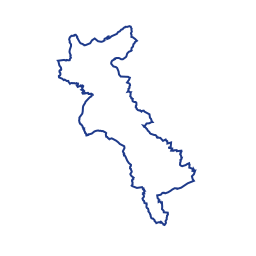 the district of Pestisani, Gorj, Romania, rotated 347°
{"feature_id": "2599482B71789206417746", "entity_name": "Pestisani", "entity_type": "district", "adm_level": 2, "iso_a3": "ROU", "parent_name": "Romania", "parent_adm1": "Gorj", "projection": "equal_earth", "projection_center": [23.026, 45.127], "detail": "fine", "context": "isolated", "style": "outline", "palette": "blue", "viewbox_px": 256, "rotation_deg": 347, "n_neighbors": 0, "source": "geoboundaries", "source_scale": "gbopen_adm2", "svg_char_len": 5818}
<svg xmlns="http://www.w3.org/2000/svg" viewBox="0 0 256 256"><g transform="rotate(347 128 128)"><path d="M180.3,194.3L179.5,192.3L179.4,189.4L181.8,187.9L183.8,184.7L183.4,184.7L183.0,184.2L182.7,183.2L182.2,184.8L181.9,184.7L182.0,184.2L181.3,184.1L182.0,182.9L181.8,182.3L181.6,182.4L180.2,181.2L178.8,180.4L179.7,177.7L179.4,177.6L179.6,176.1L177.7,176.4L175.9,177.1L172.2,177.4L171.0,176.5L170.4,175.6L171.1,173.3L171.7,172.7L171.8,172.0L172.1,171.4L171.9,171.0L172.8,170.6L173.6,169.3L173.2,169.3L173.4,168.1L173.4,166.7L172.9,165.2L173.3,164.6L173.6,164.8L173.8,164.4L173.6,164.0L174.9,162.9L174.9,162.1L170.4,161.6L170.4,160.5L166.8,159.9L166.8,160.3L165.0,159.8L166.4,157.9L162.8,156.3L165.3,156.2L166.7,151.8L162.9,152.0L163.3,150.5L162.8,149.8L163.1,149.4L162.3,148.5L162.1,147.7L159.2,148.4L157.3,144.9L155.9,144.5L155.1,143.8L154.6,144.1L154.1,143.8L153.9,142.0L153.2,141.1L151.8,140.6L148.9,138.8L148.2,138.0L148.1,137.2L147.4,135.9L146.6,134.9L146.4,133.4L145.7,132.7L145.5,131.9L144.8,131.0L144.1,130.7L143.5,129.2L144.4,129.7L145.1,129.6L147.1,127.8L149.9,128.2L152.2,127.5L153.2,127.7L152.6,126.3L152.5,124.4L151.7,122.9L152.0,119.5L147.8,115.8L147.2,114.6L145.3,114.5L144.8,115.0L143.9,113.8L143.5,113.7L143.5,113.4L142.6,113.3L141.7,112.8L140.7,111.2L140.9,110.8L140.2,109.3L140.6,108.9L140.7,108.1L141.4,107.6L141.8,105.3L141.3,104.4L140.0,104.1L138.6,103.0L138.6,101.6L139.2,100.8L138.0,99.9L138.3,99.4L137.3,97.6L137.9,96.4L138.5,94.1L138.8,93.8L138.1,93.6L136.9,92.6L135.8,92.6L137.2,91.1L137.1,90.1L138.5,89.2L138.7,87.8L139.6,86.9L139.7,86.0L139.4,85.0L137.3,83.5L140.0,81.1L141.1,79.4L140.0,78.7L139.7,78.2L132.5,76.2L131.3,73.9L131.5,70.7L130.9,67.1L129.9,65.9L127.6,64.7L126.1,61.6L126.5,60.2L127.7,58.8L130.7,58.0L130.5,57.5L131.0,57.3L132.4,57.2L134.4,57.6L135.4,58.1L136.7,59.4L138.0,59.8L138.6,59.8L141.9,58.4L142.5,57.9L144.0,55.2L146.0,53.9L148.3,53.6L148.9,53.3L148.7,52.9L149.6,50.7L151.2,49.8L152.1,47.6L153.4,46.9L154.0,45.9L156.3,45.0L154.9,42.8L153.0,40.6L151.8,40.0L152.4,38.0L152.2,37.4L152.2,36.3L153.4,34.9L153.4,33.0L153.9,32.1L153.4,30.6L153.5,29.9L152.3,29.1L149.9,29.3L148.3,28.8L147.6,29.3L147.1,29.2L146.0,29.7L144.9,30.6L143.6,30.6L141.7,32.0L139.9,32.3L138.3,33.8L132.6,34.9L130.2,36.2L128.1,36.5L128.3,36.0L129.5,35.0L129.7,34.4L129.3,34.3L126.8,35.6L125.3,35.8L124.7,37.0L124.8,37.4L122.8,38.0L121.3,38.0L118.3,36.7L115.7,33.3L112.6,34.5L110.2,36.9L105.3,37.7L104.1,37.6L104.0,37.2L103.3,36.8L102.8,36.0L101.1,35.0L100.4,34.0L99.2,30.0L99.2,29.3L98.8,28.9L98.7,27.8L99.0,27.5L98.0,25.4L97.0,25.3L96.3,25.9L95.8,25.6L95.1,25.9L93.7,25.4L91.7,26.6L90.6,28.4L90.8,30.4L90.4,31.4L91.3,33.7L90.9,35.4L88.9,38.6L88.1,40.7L88.2,42.4L88.6,44.2L87.9,44.9L88.2,46.7L87.3,47.1L86.4,48.8L85.0,48.6L83.6,47.9L83.2,47.9L82.9,48.3L82.5,48.2L81.1,47.3L74.9,46.7L75.2,47.4L75.2,51.6L76.2,53.9L76.2,55.7L75.9,56.3L74.9,56.3L74.2,56.7L73.8,57.9L74.4,58.6L74.2,59.6L74.4,60.2L73.7,61.4L72.4,61.7L72.2,62.4L72.2,63.2L75.0,65.2L76.2,66.9L77.2,66.6L78.9,68.4L80.4,68.7L80.4,69.5L81.4,71.8L81.8,71.5L83.5,71.5L84.3,72.0L85.6,72.1L86.8,72.9L87.9,72.7L88.5,73.4L89.2,73.4L89.3,73.9L87.8,75.0L88.6,75.9L88.1,76.3L88.3,76.7L90.0,76.3L91.0,76.6L91.5,76.1L92.0,77.0L93.0,76.2L93.5,76.6L93.8,77.1L93.1,78.1L92.4,78.3L92.3,79.7L91.2,80.2L91.8,80.7L92.8,80.7L93.6,82.1L93.4,82.3L92.5,82.4L92.1,83.0L91.4,83.4L91.7,84.4L93.7,84.7L94.1,84.1L95.0,84.7L96.9,84.7L97.2,85.0L97.2,86.0L98.5,86.3L99.8,86.2L101.1,87.4L101.1,87.7L100.5,87.6L99.8,87.9L99.5,88.9L97.6,89.5L92.5,92.9L91.8,94.0L89.5,96.3L88.8,97.6L87.6,101.7L86.7,103.7L83.2,106.7L82.8,107.3L82.8,108.2L82.1,109.5L82.0,111.9L82.3,112.5L82.2,113.0L83.3,114.1L83.3,114.6L83.8,115.1L84.1,116.1L84.0,116.8L84.4,117.4L84.3,118.2L85.1,118.5L84.5,119.3L85.0,119.9L84.7,120.7L85.2,122.0L85.0,123.0L85.8,123.8L85.8,125.9L87.0,125.9L87.8,125.3L88.1,125.7L88.7,125.4L91.4,125.3L94.5,123.8L96.4,123.6L98.4,123.7L99.3,124.3L100.6,124.5L101.6,125.1L102.8,125.3L105.1,127.3L105.6,128.0L104.9,129.5L104.8,131.6L105.7,132.0L106.0,132.9L107.0,134.3L107.1,134.1L108.5,134.6L109.6,134.4L110.3,134.8L113.6,137.7L115.3,139.8L116.4,141.7L120.2,144.9L120.1,146.7L117.8,149.5L117.9,150.6L118.3,151.1L118.0,152.4L118.4,152.5L118.0,153.7L118.5,153.7L119.1,155.3L119.9,159.6L120.9,162.3L122.6,164.5L122.3,165.6L121.4,166.2L120.9,167.9L121.6,168.5L121.5,169.3L121.8,170.4L121.8,171.5L119.9,173.4L120.0,174.1L120.6,175.6L122.3,177.7L121.7,178.2L121.7,178.9L120.8,179.2L120.8,179.5L120.2,179.8L120.0,180.4L120.2,180.8L120.0,181.2L120.2,182.3L119.8,183.3L119.8,183.9L118.6,185.0L119.1,185.6L123.2,188.4L128.4,188.8L128.6,189.6L129.5,190.3L128.9,191.0L129.2,191.3L129.2,191.6L129.8,191.9L129.7,192.4L130.0,192.9L129.6,192.9L129.6,193.8L129.0,194.5L129.1,195.2L128.7,195.1L128.8,195.3L128.5,195.7L128.1,195.3L127.6,195.7L128.2,196.8L128.2,198.2L127.6,199.0L126.3,199.9L126.3,200.8L126.5,201.9L127.2,202.6L127.3,203.8L127.1,204.6L128.1,205.4L129.1,205.6L129.1,206.5L128.4,208.2L128.2,209.2L128.4,210.1L129.4,211.1L129.4,213.4L129.1,213.9L129.9,215.5L130.2,216.7L130.1,217.3L130.5,218.0L130.2,218.9L130.5,221.1L131.4,221.8L131.9,221.8L133.1,223.7L133.0,224.7L133.4,225.1L133.9,226.4L134.4,226.6L134.4,227.0L136.4,226.7L137.7,227.0L138.9,226.6L139.3,227.1L138.9,227.7L139.6,227.8L140.8,229.6L141.6,230.1L141.3,230.4L141.8,230.7L143.4,229.3L143.7,228.6L143.6,227.2L145.3,225.5L145.4,224.3L146.2,222.9L146.3,222.1L147.4,221.4L147.7,219.7L147.7,219.4L143.9,218.2L144.1,216.6L142.9,214.7L143.6,212.5L144.3,208.3L143.5,208.5L143.1,207.7L143.2,207.1L141.8,206.7L141.2,206.9L141.3,206.2L142.1,205.3L141.7,205.1L141.9,204.3L141.1,203.0L141.3,200.2L144.9,200.4L146.9,199.0L147.8,199.0L148.2,199.4L148.7,199.3L149.5,200.0L152.4,199.7L155.3,198.8L157.3,197.9L159.9,197.2L162.2,197.9L162.3,198.4L166.4,198.1L173.8,195.3L180.3,194.3Z" fill="none" stroke="#1e3a8a" stroke-width="2"/></g></svg>